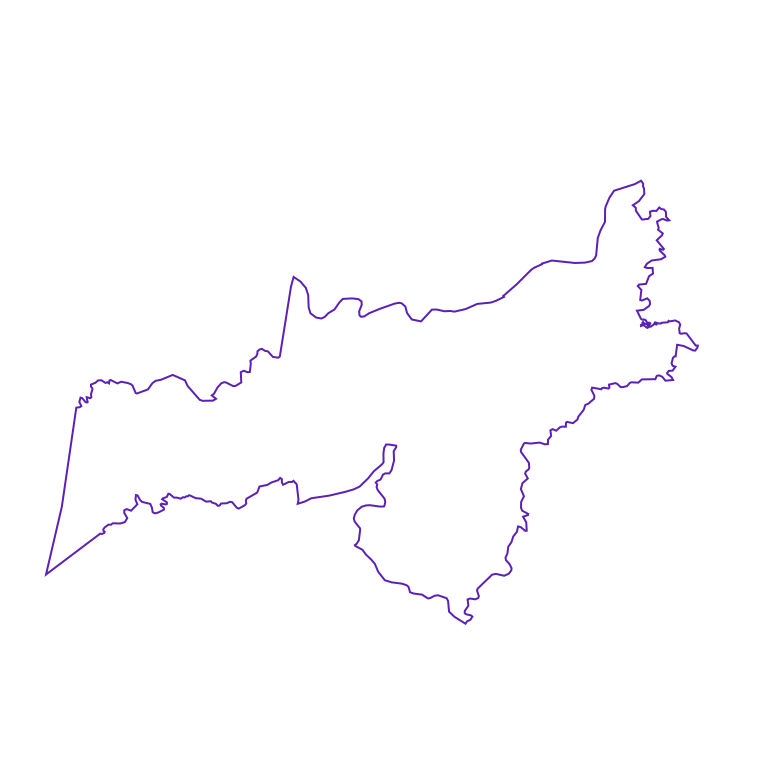 the district of Pinillos, Bolívar, Colombia, rotated 99°
{"feature_id": "7082276B11088178486316", "entity_name": "Pinillos", "entity_type": "district", "adm_level": 2, "iso_a3": "COL", "parent_name": "Colombia", "parent_adm1": "Bolívar", "projection": "natural_earth1", "projection_center": [-74.401, 8.864], "detail": "fine", "context": "isolated", "style": "outline", "palette": "violet", "viewbox_px": 768, "rotation_deg": 99, "n_neighbors": 0, "source": "geoboundaries", "source_scale": "gbopen_adm2", "svg_char_len": 6153}
<svg xmlns="http://www.w3.org/2000/svg" viewBox="0 0 768 768"><g transform="rotate(99 384 384)"><path d="M425.2,667.0L427.9,669.2L430.4,673.3L432.3,673.0L434.5,671.1L439.9,671.8L442.9,671.0L444.0,672.0L443.5,675.6L448.3,673.9L448.8,674.6L448.4,676.2L445.2,679.8L444.9,681.6L449.3,682.1L453.2,679.5L454.5,680.9L455.5,684.2L555.6,683.0L625.0,688.0L576.2,640.9L576.2,639.0L574.8,637.0L573.6,636.8L572.9,638.1L571.5,638.5L569.4,637.5L566.1,634.2L565.6,631.6L564.0,630.1L563.0,622.5L560.9,618.3L556.6,616.6L551.9,620.4L549.4,620.8L547.8,618.6L548.7,614.0L541.4,608.8L537.1,611.4L532.5,611.6L532.6,610.0L536.9,606.6L538.3,604.4L539.0,596.1L542.4,593.9L546.8,592.4L547.6,590.0L546.4,587.1L542.5,581.7L540.9,582.0L538.9,585.2L537.8,585.8L537.0,585.0L537.1,580.7L536.5,579.7L534.9,579.9L532.5,585.1L531.4,584.4L529.6,580.9L526.1,579.8L526.1,578.6L529.1,573.5L528.6,570.8L529.1,566.9L527.3,564.9L527.3,563.2L525.9,561.8L525.7,560.3L524.4,559.3L524.5,557.9L526.2,552.3L525.9,546.5L528.0,541.3L526.9,536.7L528.0,535.3L528.6,531.4L530.3,529.0L529.8,527.4L527.5,526.2L526.4,520.7L524.5,517.8L524.4,515.6L529.2,510.1L529.8,507.9L525.1,502.1L523.3,501.4L520.8,502.2L518.8,501.8L511.1,492.3L504.7,490.9L502.0,483.6L498.7,479.5L495.6,473.5L493.0,471.9L493.9,470.0L497.1,469.5L499.3,467.9L495.6,462.7L495.1,459.4L493.8,458.3L496.8,454.5L511.9,450.3L515.8,450.5L512.6,444.0L508.2,437.9L502.8,420.6L496.5,405.2L492.9,397.6L489.2,392.1L479.8,385.0L471.8,380.4L463.4,373.2L461.3,372.2L452.6,373.7L447.0,373.8L443.4,372.4L443.0,369.5L443.0,362.3L444.4,362.0L448.9,363.9L458.0,362.1L468.0,363.1L471.5,364.8L472.1,368.8L473.6,370.8L478.8,372.4L481.1,375.7L482.7,376.7L484.3,375.0L486.8,375.2L489.6,373.7L497.2,365.5L500.3,364.3L504.0,364.5L505.0,364.9L505.7,368.9L505.9,378.8L506.7,382.7L508.7,386.8L513.1,390.7L517.7,392.4L521.6,392.8L524.4,391.5L530.3,385.1L532.1,384.7L542.2,384.4L546.1,386.0L547.7,387.6L548.3,387.3L551.1,379.4L555.5,374.9L559.4,369.1L563.1,364.9L570.3,360.4L577.7,352.5L578.7,345.3L578.4,334.8L579.3,330.0L580.6,328.0L585.6,325.7L586.3,322.0L586.1,313.5L588.9,307.1L588.2,304.9L585.2,300.8L584.2,297.6L585.8,288.6L588.2,286.8L598.7,284.1L602.9,278.0L608.0,266.0L605.5,264.9L603.2,261.7L599.9,260.3L599.0,261.7L598.5,267.2L597.6,268.5L595.5,268.7L589.8,266.0L583.7,267.7L582.4,265.4L582.4,260.2L580.7,257.5L578.7,257.1L573.5,259.8L571.6,259.6L555.4,247.4L554.0,243.7L554.6,235.3L551.8,231.0L548.1,229.1L546.0,229.2L542.5,231.6L538.9,236.0L536.5,236.8L531.9,235.6L525.2,235.8L520.4,233.4L514.4,232.5L509.1,229.6L503.7,229.3L504.0,226.5L507.0,221.4L506.5,220.1L498.3,221.9L493.3,225.9L490.9,221.3L489.8,221.2L487.5,227.7L484.9,229.3L479.0,230.1L473.0,228.2L466.3,232.4L460.2,231.7L454.8,227.2L450.4,230.6L448.4,230.3L445.8,227.9L444.2,227.4L439.3,228.5L429.6,238.1L427.5,238.6L420.9,236.5L420.1,235.2L419.9,229.9L417.5,221.0L418.4,215.7L417.7,212.7L413.3,213.3L409.1,210.8L403.8,212.4L402.2,210.4L403.2,206.7L399.1,203.3L398.1,201.1L397.8,197.7L393.7,198.2L392.8,197.3L393.1,191.2L388.8,187.4L385.8,186.9L378.2,182.7L373.2,181.9L371.4,179.0L365.7,174.2L362.7,174.4L357.3,178.2L355.0,177.8L355.2,168.5L353.9,167.9L353.2,166.1L353.4,161.5L352.2,160.8L349.4,161.7L347.0,155.8L347.3,153.8L350.1,149.6L349.4,146.8L348.0,143.6L344.5,141.4L343.6,139.9L342.9,133.1L339.1,130.0L336.8,116.7L333.4,115.9L332.7,114.5L332.5,113.0L333.5,110.1L336.7,106.5L334.8,99.1L332.1,101.2L329.7,105.8L328.9,106.1L326.5,104.8L325.7,101.1L321.3,98.8L320.9,101.7L318.6,103.2L313.0,102.7L311.3,101.5L311.1,100.3L299.4,100.6L299.6,93.9L302.5,83.8L302.3,81.8L299.1,80.2L297.0,80.0L297.2,82.2L286.8,93.0L286.8,95.1L287.9,98.5L287.6,99.9L283.0,101.2L279.0,100.7L276.8,102.4L275.7,106.4L277.5,111.7L277.1,112.8L278.7,113.4L280.1,119.4L280.8,119.7L281.3,122.1L280.7,125.9L281.1,126.1L281.5,123.9L282.6,124.2L282.5,126.4L285.7,129.6L285.8,132.1L286.7,131.7L287.4,132.8L285.4,136.5L285.5,138.8L286.1,138.6L286.5,139.2L284.8,139.7L285.4,139.3L284.9,137.9L283.3,138.4L282.3,137.8L283.3,137.0L284.2,132.5L283.9,131.0L282.4,130.5L281.9,131.8L282.5,133.5L280.0,135.5L279.6,137.6L280.1,139.0L279.3,140.5L272.0,145.6L270.2,139.2L265.5,134.4L263.4,133.7L260.2,134.7L258.2,137.4L261.2,142.3L260.9,144.1L250.9,144.5L247.5,148.7L245.9,147.6L244.1,140.8L236.1,139.1L232.9,135.6L227.3,136.9L228.3,142.3L227.8,144.7L223.9,143.0L220.2,139.0L217.4,129.8L214.3,126.1L212.8,127.1L209.2,132.4L208.1,132.9L207.4,132.7L207.8,130.3L207.6,129.1L206.8,128.7L199.4,137.1L193.5,132.6L191.7,132.2L188.7,137.5L186.9,137.1L181.0,139.8L177.8,135.6L177.4,133.9L178.3,130.1L177.7,127.9L174.8,131.5L169.9,132.5L167.9,134.7L167.8,137.6L166.6,139.8L170.4,141.9L170.9,145.6L172.2,148.3L176.4,147.1L179.5,148.8L181.2,154.7L180.7,155.5L173.6,162.2L170.5,163.0L168.5,166.2L163.5,160.8L155.6,156.6L150.2,157.8L148.2,159.1L145.7,159.3L143.0,161.9L147.3,167.5L157.1,187.0L164.8,190.5L173.4,192.7L176.6,193.0L189.3,191.1L198.1,194.1L206.3,195.7L224.0,194.6L227.3,195.7L230.1,197.9L232.7,204.6L234.6,214.3L235.8,237.5L240.4,246.9L241.0,246.7L245.5,253.6L248.2,256.5L265.0,268.7L278.4,280.0L279.2,279.1L284.5,286.7L286.9,291.4L290.3,304.4L297.2,315.1L301.5,325.7L301.5,329.9L302.7,335.7L302.2,343.4L303.0,348.3L316.4,357.2L315.9,366.7L310.2,372.4L304.2,375.0L301.6,379.0L301.4,381.7L302.9,386.0L310.6,400.2L316.4,409.7L320.3,414.1L321.2,417.0L320.1,418.9L316.1,419.9L309.4,418.4L306.0,419.1L304.2,422.4L304.4,428.7L306.4,438.0L310.3,440.8L318.2,444.6L322.7,450.0L327.1,453.1L329.1,456.1L329.0,461.3L325.7,467.7L320.1,470.4L308.0,472.8L301.2,476.3L295.8,482.7L292.4,490.0L302.4,491.1L373.2,491.2L374.6,492.6L374.6,498.0L369.9,503.8L369.9,506.6L368.4,510.1L369.3,512.2L371.5,514.1L373.9,513.8L376.9,514.6L381.8,519.6L385.0,518.7L393.2,518.4L393.7,520.8L392.8,524.4L394.7,527.3L404.8,525.2L409.0,530.2L409.7,532.4L407.2,540.3L407.2,542.1L408.7,544.8L413.7,548.0L420.1,550.3L422.2,552.3L424.9,547.6L427.2,550.4L429.0,560.7L428.4,563.6L416.7,577.6L411.5,581.2L408.1,594.1L414.7,604.9L416.6,610.1L419.5,612.9L426.3,616.3L432.0,626.5L431.7,627.9L424.9,632.1L423.8,633.9L423.1,637.5L422.9,643.9L425.1,647.5L422.8,654.6L423.5,655.7L426.4,655.7L425.6,657.7L426.5,659.3L424.5,663.7L425.2,667.0Z" fill="none" stroke="#5b21b6" stroke-width="2"/></g></svg>